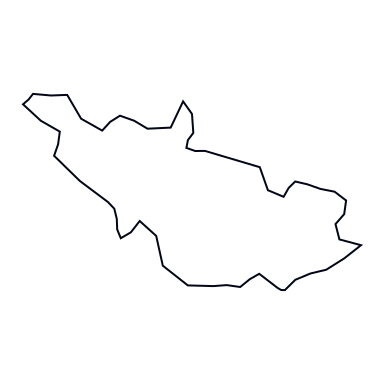 the District of Ialoveni
{"feature_id": "MDA-1640", "entity_name": "Ialoveni", "entity_type": "District", "adm_level": 1, "iso_a3": "MDA", "parent_name": "Moldova", "parent_adm1": "", "projection": "natural_earth1", "projection_center": [28.789, 46.926], "detail": "fine", "context": "isolated", "style": "outline", "palette": "ink", "viewbox_px": 384, "rotation_deg": 0, "n_neighbors": 0, "source": "natural_earth", "source_scale": "10m", "svg_char_len": 832}
<svg xmlns="http://www.w3.org/2000/svg" viewBox="0 0 384 384"><path d="M120.8,238.2L117.2,229.5L116.8,219.0L114.3,208.7L107.9,202.0L79.9,181.0L54.1,155.8L58.1,144.3L59.8,131.6L40.9,120.8L23.0,104.3L28.6,99.5L33.0,93.9L51.1,95.5L67.2,94.9L81.1,118.7L102.2,130.6L110.1,121.9L120.0,115.7L134.1,120.7L147.5,128.7L170.7,127.6L183.1,101.4L192.0,114.0L193.3,132.9L187.9,140.1L186.4,147.9L195.2,151.0L204.9,150.9L259.8,167.2L267.9,190.2L283.6,196.8L288.7,187.9L295.2,181.5L307.3,184.3L320.4,188.9L334.6,191.7L346.1,200.5L344.2,214.1L335.5,224.1L339.4,239.4L361.0,245.2L344.2,258.4L326.3,269.7L310.4,273.5L295.3,279.8L284.9,290.1L281.2,290.0L277.7,288.0L259.2,273.8L249.8,279.2L240.2,287.0L226.7,285.1L213.3,286.1L187.8,285.4L162.8,265.7L156.2,235.9L139.7,221.0L130.9,232.3L120.8,238.2Z" fill="none" stroke="#020617" stroke-width="2"/></svg>